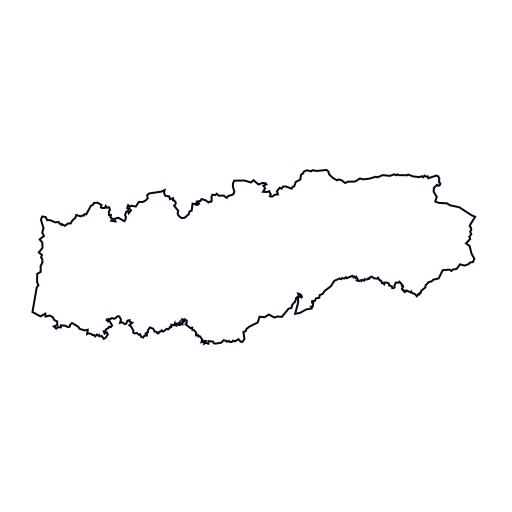 Yali, Antioquia, Colombia, rotated 185°
{"feature_id": "7082276B99209439763300", "entity_name": "Yali", "entity_type": "district", "adm_level": 2, "iso_a3": "COL", "parent_name": "Colombia", "parent_adm1": "Antioquia", "projection": "orthographic", "projection_center": [-74.75, 6.718], "detail": "fine", "context": "isolated", "style": "outline", "palette": "ink", "viewbox_px": 512, "rotation_deg": 185, "n_neighbors": 0, "source": "geoboundaries", "source_scale": "gbopen_adm2", "svg_char_len": 6103}
<svg xmlns="http://www.w3.org/2000/svg" viewBox="0 0 512 512"><g transform="rotate(185 256 256)"><path d="M88.8,233.5L88.3,235.8L84.6,239.4L84.5,241.5L81.6,245.1L78.7,246.1L77.4,247.8L72.0,249.7L68.8,258.1L62.0,259.3L60.1,258.1L58.6,259.8L55.1,260.5L52.0,265.5L47.5,264.6L43.5,266.4L42.2,268.2L39.4,268.8L38.2,272.3L41.4,276.9L44.1,284.6L47.9,286.9L44.1,291.6L45.2,293.7L43.4,296.4L44.8,298.8L43.8,301.1L44.5,303.3L45.6,304.0L45.5,305.5L41.1,314.2L44.7,315.3L57.8,322.3L67.1,323.4L70.3,325.1L78.2,324.8L82.2,325.9L81.1,330.6L84.6,335.5L84.8,339.2L81.8,342.7L80.2,341.8L78.8,343.1L78.8,344.6L80.1,345.3L80.1,349.0L81.4,351.2L83.5,351.8L91.1,348.5L91.8,350.3L93.7,349.9L95.2,350.8L96.4,349.0L97.9,349.9L100.1,348.8L106.6,349.0L111.5,350.4L112.4,349.6L121.0,349.0L122.4,349.6L123.5,348.6L125.5,349.4L129.5,347.5L136.8,347.6L141.8,345.0L143.6,345.4L149.9,342.9L156.0,341.7L159.2,342.3L163.8,338.8L170.6,338.1L173.6,336.5L177.7,339.1L180.2,339.4L182.0,338.5L186.1,340.4L190.2,343.7L191.3,346.5L193.2,347.9L202.9,346.0L207.2,346.4L208.3,345.2L212.9,345.8L215.7,344.2L216.4,342.3L218.2,341.0L218.5,336.1L222.9,333.2L224.0,328.7L225.6,328.0L226.4,326.2L232.4,327.9L235.2,327.5L236.3,325.3L238.3,326.1L240.8,322.4L239.5,319.2L242.1,318.9L245.3,316.5L247.4,316.7L246.7,318.7L248.5,321.7L250.6,320.7L254.6,320.6L252.8,324.2L254.7,326.7L251.9,328.3L252.9,329.3L255.7,329.4L259.8,327.5L265.1,331.3L267.5,328.8L274.2,330.2L284.3,329.1L285.3,326.3L285.1,323.2L283.2,318.2L284.0,315.4L289.0,313.2L290.2,311.4L293.6,313.4L298.2,312.8L300.6,314.6L301.9,313.1L304.9,313.2L305.5,310.7L304.9,307.4L305.7,305.9L306.9,306.2L308.1,305.2L310.9,307.0L315.2,308.0L316.1,306.0L319.2,305.2L317.3,303.3L318.2,302.0L319.6,301.8L319.2,303.0L320.1,303.7L321.0,302.4L323.8,302.6L324.0,295.6L326.1,294.6L326.7,291.7L330.5,287.8L333.5,287.3L336.5,289.3L337.8,291.3L337.4,294.2L342.0,299.0L340.8,300.3L340.6,302.3L342.3,304.2L343.5,304.2L343.8,306.4L346.6,305.1L347.7,307.8L351.5,308.0L353.1,310.7L352.8,313.7L355.9,311.9L367.9,309.0L369.7,307.2L368.9,304.0L370.9,301.6L373.4,300.0L377.5,299.6L380.0,294.8L384.4,295.2L385.9,294.2L387.8,295.5L388.4,292.5L386.2,292.1L384.5,290.6L386.5,287.5L387.5,290.1L389.3,288.4L390.0,285.2L389.0,283.6L389.3,280.4L390.3,279.2L396.4,282.1L400.5,280.6L399.1,278.2L403.3,278.5L402.4,280.6L404.4,281.9L404.1,284.2L406.0,283.9L406.4,287.3L405.5,289.3L406.5,291.7L408.7,291.1L410.0,292.8L410.9,290.6L414.1,290.5L414.9,291.1L414.4,293.4L418.6,295.3L422.2,294.6L422.8,292.9L424.8,291.7L428.7,282.7L430.4,282.8L431.1,281.2L432.6,281.3L433.9,280.2L438.7,281.1L439.3,278.2L442.1,275.3L443.5,272.2L445.7,272.2L449.1,269.4L451.3,270.5L452.4,269.9L452.8,271.0L454.5,271.1L455.7,272.7L458.9,272.0L464.4,273.8L467.2,273.5L469.0,276.5L472.5,276.7L473.4,273.4L470.1,265.1L471.0,260.8L469.0,257.4L473.0,253.7L470.1,250.9L469.4,245.5L472.7,240.6L469.3,238.4L470.0,235.9L468.6,234.1L468.1,231.0L469.7,227.3L469.1,221.4L472.4,219.2L471.8,211.0L470.2,207.7L471.7,205.6L473.8,180.7L465.5,177.1L460.9,180.2L460.4,177.3L456.3,178.7L453.3,177.5L451.2,174.5L448.4,173.5L447.9,169.8L451.3,168.3L448.7,166.2L446.8,167.9L444.2,167.9L444.4,169.9L440.3,170.0L437.2,168.8L435.3,169.5L435.3,171.1L433.4,173.2L427.0,170.1L425.3,168.0L420.1,167.0L417.2,167.9L417.4,163.6L416.3,164.4L413.1,163.9L411.9,162.9L410.4,163.2L409.3,161.9L407.6,163.9L406.5,163.0L405.3,163.6L404.9,162.4L402.7,162.8L400.4,160.2L398.9,161.2L396.7,164.9L397.9,166.8L400.1,165.5L401.1,167.7L399.3,168.3L399.2,169.7L396.8,171.3L396.4,172.6L394.4,172.5L393.3,174.3L396.3,178.5L397.6,177.9L398.0,178.9L399.1,179.0L399.0,179.9L395.2,180.7L394.1,181.6L391.6,181.1L388.2,184.1L386.9,183.8L385.0,181.0L385.6,177.5L383.6,178.3L380.6,176.7L379.4,177.2L378.4,180.4L376.3,181.1L376.2,179.6L373.4,178.7L376.2,176.0L374.3,174.8L371.7,171.2L371.7,169.0L370.2,168.3L367.9,168.9L365.7,167.3L364.7,167.9L363.3,165.5L361.4,164.9L360.0,167.1L357.9,167.1L357.8,168.3L359.0,169.4L357.0,170.6L357.3,172.5L355.4,175.6L352.1,174.6L350.4,171.9L348.3,171.8L347.6,170.4L346.3,170.5L345.6,172.2L344.0,172.6L343.6,173.7L342.0,172.6L338.4,175.7L337.1,175.2L335.7,176.7L335.7,177.8L334.2,177.8L334.4,180.1L331.6,179.8L331.0,181.8L330.5,180.2L329.6,179.9L330.1,181.1L328.9,181.9L327.3,180.5L326.3,180.6L327.4,181.6L326.2,183.5L326.1,182.2L323.3,181.6L323.9,185.7L322.8,184.8L322.8,186.1L321.6,185.2L321.3,186.7L319.3,185.5L319.3,183.1L320.2,181.9L315.1,178.5L313.3,179.0L313.0,176.8L311.1,176.6L308.9,174.3L308.9,171.7L306.9,172.2L306.3,170.7L305.1,171.2L303.9,170.1L302.4,168.0L302.8,165.5L301.5,166.1L300.7,165.2L300.4,167.0L298.5,166.9L299.5,164.4L298.3,165.1L295.8,164.5L295.8,167.1L291.4,167.0L290.2,165.3L288.6,165.2L282.9,166.7L281.0,169.2L278.4,168.9L277.7,168.1L275.7,169.1L274.8,168.1L272.7,168.2L271.5,169.7L269.6,169.1L266.2,171.6L263.7,169.2L262.1,169.2L260.3,172.3L261.9,179.3L259.7,180.2L259.2,182.4L256.4,185.1L248.4,190.0L247.2,195.8L242.1,195.8L238.1,198.8L232.2,196.3L229.5,197.6L224.9,197.6L219.0,206.3L216.2,207.3L215.7,210.5L213.0,214.0L212.3,217.7L209.8,220.0L210.8,222.2L208.5,221.7L206.7,219.7L207.1,218.6L209.0,219.2L210.7,218.6L209.9,213.6L212.0,201.8L207.2,203.2L201.2,207.2L196.1,208.5L195.7,209.6L196.6,210.4L195.1,210.8L194.9,214.1L196.1,214.4L196.1,216.0L193.6,216.2L192.5,219.0L189.3,220.0L189.2,222.6L186.3,224.0L184.6,227.1L178.8,232.4L175.9,238.0L171.1,240.8L169.3,240.3L168.5,241.4L166.1,241.2L164.5,242.7L163.6,241.8L158.2,244.7L157.0,243.7L157.0,242.3L156.3,244.0L155.2,244.1L154.8,243.1L154.2,243.9L152.6,241.5L153.4,240.5L151.5,239.9L149.6,241.0L148.8,240.2L147.8,241.5L146.2,240.9L145.7,242.5L144.7,242.0L141.9,242.8L142.0,243.7L141.0,243.6L139.9,245.3L138.5,245.4L136.7,244.1L133.2,244.0L132.5,245.0L130.7,242.5L129.3,242.4L128.3,240.1L127.5,240.5L125.9,239.0L125.5,240.8L122.4,240.8L120.9,239.5L120.9,238.4L118.0,237.5L117.5,235.9L116.0,236.0L115.1,237.1L115.5,238.7L114.4,241.7L111.6,241.9L110.9,242.9L107.4,239.6L108.0,238.9L106.8,238.1L107.8,235.8L105.5,233.6L105.4,234.5L103.9,233.5L103.1,234.8L98.9,233.3L98.3,234.1L97.8,233.0L94.3,231.9L92.3,229.9L91.1,232.1L90.0,231.9L89.7,233.5L88.8,233.5Z" fill="none" stroke="#020617" stroke-width="2"/></g></svg>